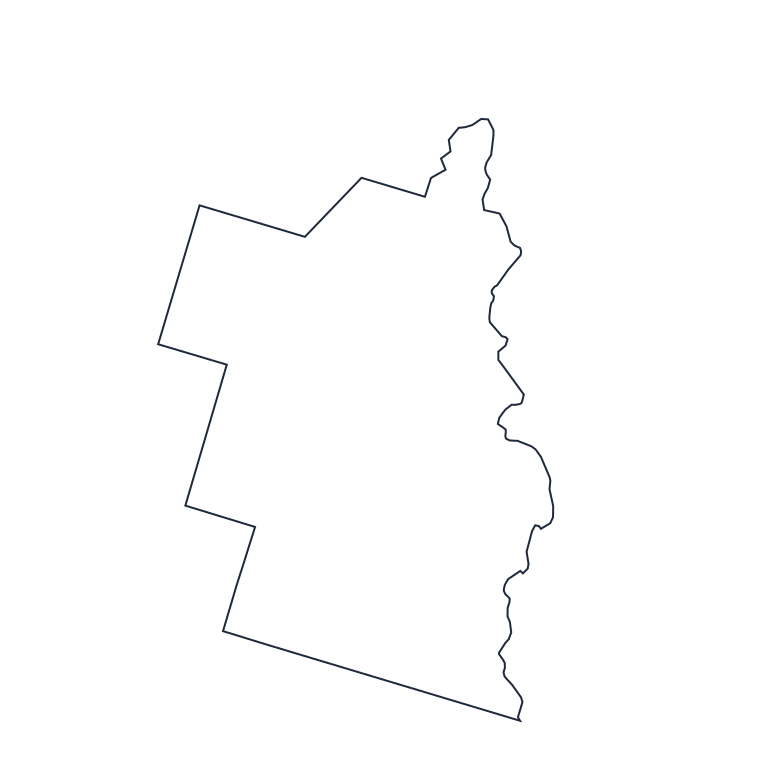 Sabine, Louisiana, United States of America, rotated 197°
{"feature_id": "52423323B1560312281680", "entity_name": "Sabine", "entity_type": "district", "adm_level": 2, "iso_a3": "USA", "parent_name": "United States of America", "parent_adm1": "Louisiana", "projection": "orthographic", "projection_center": [-93.696, 31.506], "detail": "fine", "context": "isolated", "style": "outline", "palette": "slate", "viewbox_px": 768, "rotation_deg": 197, "n_neighbors": 0, "source": "geoboundaries", "source_scale": "gbopen_adm2", "svg_char_len": 1774}
<svg xmlns="http://www.w3.org/2000/svg" viewBox="0 0 768 768"><g transform="rotate(197 384 384)"><path d="M465.7,100.6L416.5,100.5L155.4,101.7L158.5,104.5L158.6,120.3L161.3,124.4L173.7,133.9L178.8,136.8L183.2,139.6L185.4,143.3L185.4,147.8L186.9,152.4L189.4,154.9L192.0,157.0L194.9,159.2L195.5,160.5L192.1,172.3L190.1,176.3L189.7,183.6L194.0,193.2L197.9,197.8L200.3,206.0L200.2,211.9L201.1,215.6L204.1,217.3L206.3,218.3L209.0,221.3L209.5,223.7L209.7,227.5L208.2,233.8L199.0,245.1L195.8,243.5L192.6,249.4L193.2,254.3L198.6,265.3L199.4,286.5L198.1,293.1L194.3,293.4L191.6,291.4L184.3,299.5L183.4,306.0L186.5,316.7L195.0,331.8L196.6,340.1L198.1,342.9L212.6,360.2L220.0,365.8L224.9,367.5L239.7,368.7L244.1,367.5L245.5,367.3L246.9,366.8L249.1,367.0L251.5,367.6L252.8,369.8L253.1,371.9L253.7,374.4L254.4,376.1L258.6,377.6L263.4,379.0L263.9,385.2L261.9,391.3L260.3,395.2L255.9,401.5L252.6,402.4L249.9,403.7L248.3,404.5L246.9,406.2L246.9,409.3L247.2,414.8L275.7,436.2L281.7,440.5L284.1,448.4L279.0,456.3L278.9,463.0L281.2,464.3L285.3,464.2L300.8,474.0L302.5,477.6L303.6,482.7L304.8,489.2L305.0,492.8L303.9,495.5L304.5,500.1L307.2,502.1L308.1,503.8L308.2,505.4L307.5,507.3L306.7,509.4L304.8,511.2L298.5,530.0L291.0,547.2L291.7,551.1L293.7,553.9L299.8,554.6L304.5,557.1L313.0,570.6L323.3,580.8L339.1,579.6L343.7,589.3L343.4,595.7L342.0,601.6L342.2,610.5L346.6,614.0L348.4,616.1L349.9,618.6L350.6,621.4L350.6,626.0L348.5,634.3L351.9,653.3L353.5,658.6L354.5,659.9L361.9,667.5L368.5,665.9L375.4,657.4L381.5,653.3L387.5,650.8L387.5,650.7L393.4,636.4L388.4,625.9L395.4,616.3L387.8,606.9L399.3,594.8L399.6,575.0L465.8,574.6L502.7,501.6L612.6,500.9L611.6,356.0L540.0,356.5L538.4,209.6L465.5,209.6L465.8,170.3L466.1,149.0L465.7,100.6Z" fill="none" stroke="#1e293b" stroke-width="2"/></g></svg>